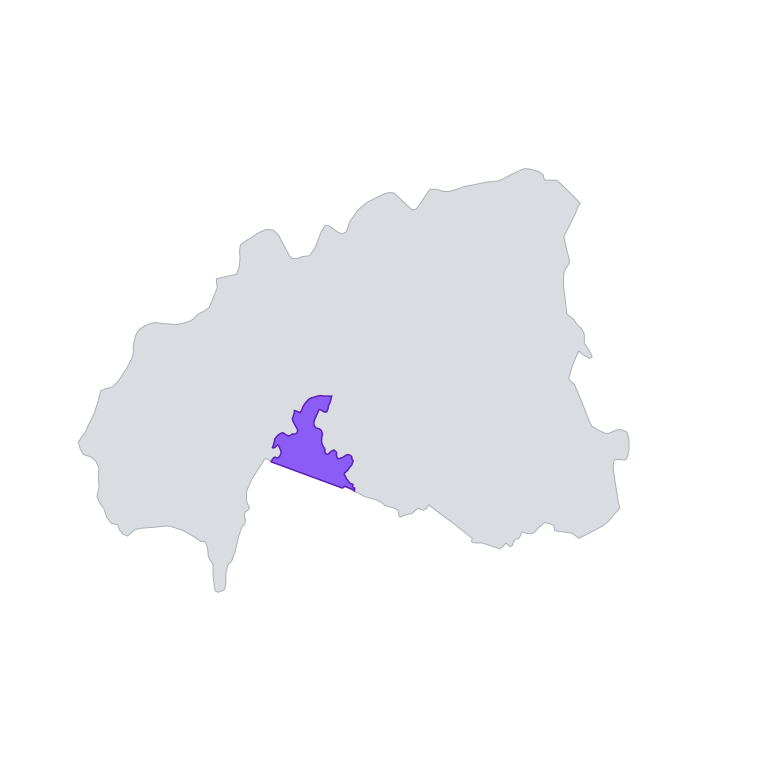 Sissili highlighted on a map of Burkina Faso, rotated 21°
{"feature_id": "BFA-2820", "entity_name": "Sissili", "entity_type": "Province", "adm_level": 1, "iso_a3": "BFA", "parent_name": "Burkina Faso", "parent_adm1": "", "projection": "equal_earth", "projection_center": [-2.182, 11.448], "detail": "fine", "context": "in_parent", "style": "filled", "palette": "violet", "viewbox_px": 768, "rotation_deg": 21, "n_neighbors": 0, "source": "natural_earth", "source_scale": "10m", "svg_char_len": 5008}
<svg xmlns="http://www.w3.org/2000/svg" viewBox="0 0 768 768"><g transform="rotate(21 384 384)"><path d="M549.4,496.4L532.2,497.3L525.9,499.8L522.1,499.9L522.0,497.8L521.6,496.5L499.8,489.5L484.5,485.4L469.1,480.8L468.2,485.1L466.0,487.9L462.7,488.1L460.4,487.4L458.8,490.7L456.3,495.1L452.7,497.3L449.2,500.0L447.2,502.4L445.8,502.4L442.2,496.8L437.6,496.2L428.8,497.2L424.8,495.7L419.4,494.9L406.7,496.1L386.4,493.8L383.0,495.0L382.2,496.0L362.0,496.3L339.9,496.6L321.3,496.8L305.1,497.0L305.1,496.1L299.9,496.0L299.3,497.8L294.7,520.3L294.1,532.5L296.6,540.1L299.3,544.9L302.4,546.9L302.7,549.7L300.3,553.2L300.5,556.8L303.4,560.5L304.1,564.5L302.6,568.6L302.9,578.4L305.1,594.1L305.2,604.2L303.1,608.9L304.1,616.8L308.1,628.0L308.8,632.7L307.3,634.9L304.0,637.8L300.6,637.7L296.7,631.0L295.0,627.9L291.8,621.1L289.2,614.1L285.5,611.1L282.0,608.3L277.6,599.5L273.4,595.4L269.0,596.6L262.5,594.9L249.5,592.8L235.4,593.4L229.6,595.4L223.8,598.6L209.2,605.6L203.5,609.1L199.1,617.9L194.1,617.7L189.2,614.9L186.1,610.9L179.4,611.8L173.0,607.9L166.8,600.3L162.2,597.8L156.4,592.2L154.8,581.7L151.1,574.4L147.8,564.1L142.8,559.5L136.9,557.1L128.9,557.6L123.6,553.5L119.5,547.5L120.6,542.3L122.5,535.0L122.8,527.9L124.0,516.4L123.3,502.0L121.9,492.0L126.4,487.8L131.5,484.1L134.7,477.3L138.1,462.0L139.5,448.8L138.5,443.9L136.8,440.0L135.5,434.3L134.8,427.4L135.7,421.3L139.6,415.7L144.5,411.0L147.9,408.8L157.1,406.5L168.5,403.0L175.1,399.0L179.9,395.1L182.6,391.9L185.4,385.5L189.8,380.5L193.3,375.5L193.8,361.6L193.8,353.6L191.3,349.2L189.9,345.5L206.8,334.6L207.0,326.9L204.6,318.3L201.4,311.4L200.1,305.4L204.8,298.4L209.0,293.1L212.0,288.6L218.7,281.8L225.6,280.0L231.9,282.6L250.3,298.7L253.5,299.7L257.4,298.5L262.3,294.2L268.6,290.9L271.0,280.2L270.8,264.3L272.2,257.1L275.5,255.8L286.2,258.8L288.9,259.0L292.0,258.0L294.3,255.2L294.2,250.1L293.7,245.6L297.2,230.9L303.5,219.9L316.3,206.1L320.3,203.4L324.9,202.0L347.8,211.4L351.5,209.1L357.1,185.7L363.3,183.4L370.7,183.0L375.6,181.0L378.1,179.4L388.9,170.5L408.1,158.4L418.4,153.2L420.4,151.3L427.8,142.7L437.6,132.8L443.8,130.9L452.4,130.2L457.9,131.8L459.4,134.6L461.1,136.0L472.4,131.8L488.5,138.5L502.5,145.0L501.6,149.2L501.6,156.5L500.5,168.1L499.1,182.0L504.9,191.0L511.9,200.7L513.7,204.5L511.9,214.1L513.2,219.7L516.9,229.0L523.2,240.8L529.6,253.0L534.0,254.7L538.2,255.6L540.8,257.8L544.5,259.9L548.3,261.3L551.5,264.0L553.6,266.6L556.3,274.1L563.5,279.1L568.6,284.0L566.6,286.5L560.3,285.5L554.4,283.4L553.6,287.0L553.4,300.8L554.4,312.3L555.8,313.9L561.8,316.0L576.0,330.9L588.8,345.1L593.1,348.8L600.2,350.2L608.1,350.8L611.5,349.5L619.2,342.3L623.3,341.5L627.0,341.7L629.1,342.9L632.8,348.7L636.3,357.5L637.3,364.0L637.0,367.5L635.9,368.8L629.6,370.5L626.9,371.8L626.2,373.7L627.2,378.1L628.4,380.9L635.4,393.6L645.4,410.7L648.5,415.1L646.8,420.2L641.8,433.6L638.1,439.2L621.4,458.2L613.2,455.9L596.0,459.8L593.4,455.4L589.4,454.8L584.4,455.6L582.6,457.2L582.1,459.1L580.3,461.7L577.2,469.2L574.7,471.2L571.7,472.3L567.9,472.2L565.7,473.1L565.7,476.9L565.1,480.1L562.5,481.7L561.5,485.4L561.7,488.9L560.2,490.6L557.0,489.7L555.0,488.7L553.2,493.3L551.0,496.5L549.4,496.4Z" fill="#d9dde1" stroke="#a8b0b8" stroke-width="1"/><path d="M394.6,494.6L393.9,494.2L393.1,493.8L384.6,493.4L383.5,493.9L383.0,495.5L382.2,496.1L371.8,496.2L357.2,496.4L342.1,496.6L326.0,496.8L312.9,497.0L306.6,497.1L306.7,496.1L306.7,495.1L307.0,493.6L307.6,492.2L308.5,491.3L310.8,491.3L311.7,490.8L312.2,489.5L312.6,487.8L312.8,485.9L312.0,483.9L310.7,482.3L307.6,479.2L306.3,479.0L304.9,482.3L304.0,482.9L303.3,483.5L302.6,483.3L302.7,481.5L302.2,476.2L301.6,474.8L301.9,474.0L303.0,470.5L304.1,468.7L305.7,466.6L307.5,465.7L309.3,466.3L311.3,466.6L313.7,466.7L315.2,465.1L316.5,463.4L318.2,463.0L319.4,462.2L320.3,460.8L320.3,458.8L319.1,457.1L313.7,452.6L311.8,450.7L310.9,449.4L310.6,443.5L310.2,441.6L309.9,440.9L311.4,440.7L315.7,440.8L316.5,438.6L316.5,434.1L317.2,430.5L318.3,427.3L319.5,424.7L321.2,423.0L327.4,418.3L329.9,417.3L332.0,416.9L336.7,415.1L338.4,414.7L339.4,414.0L339.9,417.0L340.3,421.7L340.0,422.8L339.9,424.3L340.5,426.5L340.6,428.5L340.5,430.5L339.0,431.4L336.2,431.3L333.8,430.7L332.6,431.0L332.0,441.5L332.1,444.3L332.9,446.7L334.6,448.5L336.3,449.3L339.5,449.1L341.3,449.4L342.6,450.4L343.9,451.9L344.6,453.0L344.7,453.4L344.7,454.6L345.2,457.1L346.2,459.7L347.5,461.9L348.9,463.5L350.2,464.6L351.7,465.4L352.6,466.8L352.8,468.4L354.0,469.4L355.3,469.9L356.4,470.0L357.1,469.5L357.9,467.3L358.8,465.8L360.8,463.5L364.0,464.7L364.6,465.5L364.8,467.0L365.5,468.1L366.7,469.6L368.4,469.9L369.6,469.1L370.7,468.2L372.6,466.3L373.9,464.1L375.7,462.8L376.9,462.7L377.9,462.7L379.7,463.1L380.4,464.4L380.8,465.4L382.9,466.8L382.8,467.7L382.9,471.4L382.2,472.8L381.5,475.2L381.1,477.5L380.2,479.1L379.1,481.3L379.5,483.1L381.3,484.1L382.5,485.5L383.6,486.4L384.6,486.8L385.5,487.5L388.4,489.0L390.9,488.8L391.3,489.7L391.4,491.1L392.5,491.9L393.8,491.6L394.6,493.4L394.6,494.6Z" fill="#8b5cf6" stroke="#5b21b6" stroke-width="1.5"/></g></svg>